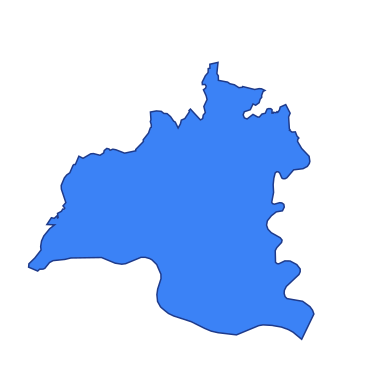 the district of Limerick City West Lea-7, Limerick, Ireland, rotated 192°
{"feature_id": "5873133B63179188649411", "entity_name": "Limerick City West Lea-7", "entity_type": "district", "adm_level": 2, "iso_a3": "IRL", "parent_name": "Ireland", "parent_adm1": "Limerick", "projection": "mercator", "projection_center": [-8.718, 52.624], "detail": "fine", "context": "isolated", "style": "filled", "palette": "blue", "viewbox_px": 384, "rotation_deg": 192, "n_neighbors": 0, "source": "geoboundaries", "source_scale": "gbopen_adm2", "svg_char_len": 2981}
<svg xmlns="http://www.w3.org/2000/svg" viewBox="0 0 384 384"><g transform="rotate(192 192 192)"><path d="M198.9,73.1L198.4,72.8L197.2,72.1L193.6,70.2L189.8,68.3L184.0,66.9L165.8,65.0L151.1,61.2L144.3,59.9L137.3,59.8L118.8,61.5L98.9,75.2L94.9,76.8L85.8,78.2L84.0,78.2L76.5,78.5L72.2,77.9L70.4,77.7L68.5,77.3L64.0,75.9L54.1,70.7L47.4,98.0L49.5,101.4L52.8,104.4L61.1,108.1L76.9,107.5L79.2,109.0L80.8,112.0L81.2,115.1L80.1,119.3L70.2,133.6L69.6,136.5L70.2,139.2L74.4,142.8L81.7,144.9L86.9,143.9L92.2,139.8L93.8,139.6L95.7,140.6L98.4,152.0L97.5,155.2L93.9,161.3L93.9,163.7L96.2,165.6L106.1,168.7L110.0,171.4L112.2,175.1L112.3,179.5L109.4,185.3L105.4,190.1L99.6,192.4L98.6,196.4L99.6,199.0L101.8,200.0L104.0,199.8L108.9,197.2L110.8,197.4L111.9,198.5L112.1,208.5L114.1,215.9L114.8,222.4L114.6,227.9L113.3,229.5L111.5,229.6L110.0,228.6L107.1,224.4L105.7,223.9L103.8,224.3L102.2,225.6L97.2,234.8L88.2,237.9L84.5,241.0L83.2,244.2L83.1,246.5L84.9,251.3L93.8,257.4L99.3,263.4L99.5,265.5L98.7,267.0L101.0,268.6L103.4,272.3L106.6,271.4L109.5,272.7L109.1,273.3L109.9,274.0L113.1,285.5L112.4,289.5L118.5,297.0L123.4,293.4L123.5,290.4L124.7,287.7L125.6,288.2L126.4,287.0L128.9,286.9L129.0,286.0L130.2,285.8L130.8,289.1L132.3,289.9L134.5,289.5L135.8,288.7L136.7,284.3L139.8,282.8L141.7,279.3L143.3,279.0L148.5,280.6L153.3,274.9L156.2,275.4L158.0,278.1L157.5,281.4L152.1,284.6L150.6,290.8L147.8,290.1L144.9,293.3L144.6,297.0L143.5,299.1L144.0,300.9L143.4,305.1L141.8,306.5L145.5,307.4L147.8,307.1L152.0,305.3L164.4,305.7L164.6,304.9L167.8,303.8L172.8,305.7L177.5,305.8L180.0,306.9L189.4,306.7L190.4,311.1L192.3,313.0L193.5,324.2L201.1,320.7L200.2,316.8L201.8,316.1L201.1,312.2L203.1,308.5L204.9,301.5L204.2,299.2L201.6,299.9L200.1,298.5L200.3,296.4L202.1,294.4L198.2,289.1L196.5,285.6L198.2,278.1L195.5,272.5L197.0,269.5L196.8,266.2L197.4,265.4L198.8,264.3L210.8,272.8L211.9,271.0L211.2,270.0L214.3,262.3L217.4,260.1L217.5,256.2L218.9,251.7L222.9,256.9L224.7,257.5L228.7,261.3L232.7,263.5L235.9,263.0L238.8,264.5L243.7,263.9L249.3,261.6L247.2,254.2L247.4,252.2L245.8,249.4L245.3,246.9L246.1,246.0L246.8,240.6L250.6,232.9L250.0,231.3L255.9,221.9L255.6,220.6L266.0,216.0L275.3,217.5L278.4,217.4L280.8,215.8L282.1,216.8L284.4,216.9L286.5,214.3L286.5,211.9L289.6,208.8L296.4,209.1L299.0,208.3L305.6,202.3L310.1,203.5L311.8,194.6L313.1,194.4L313.9,193.4L315.5,185.4L318.1,182.6L319.8,179.2L321.3,171.2L320.4,167.7L313.2,155.4L315.3,151.6L313.1,149.8L313.8,148.5L314.9,148.4L315.7,146.0L319.1,143.1L317.6,139.1L318.1,138.7L319.0,140.8L321.3,137.6L324.2,137.6L327.2,130.0L319.6,131.3L323.5,126.6L327.8,118.2L329.0,112.8L328.7,107.2L327.6,103.9L332.0,94.8L336.6,87.9L336.2,84.5L326.5,82.6L325.0,84.8L321.7,85.6L320.1,86.7L316.7,93.4L313.6,96.0L302.4,99.6L296.7,102.3L266.9,109.1L252.3,106.4L245.7,106.8L242.0,108.1L228.3,117.5L224.1,118.4L219.6,118.1L217.0,117.3L211.4,113.7L205.3,105.1L204.3,100.7L205.4,89.9L205.0,84.3L202.9,77.7L198.9,73.1Z" fill="#3b82f6" stroke="#1e3a8a" stroke-width="1.5"/></g></svg>